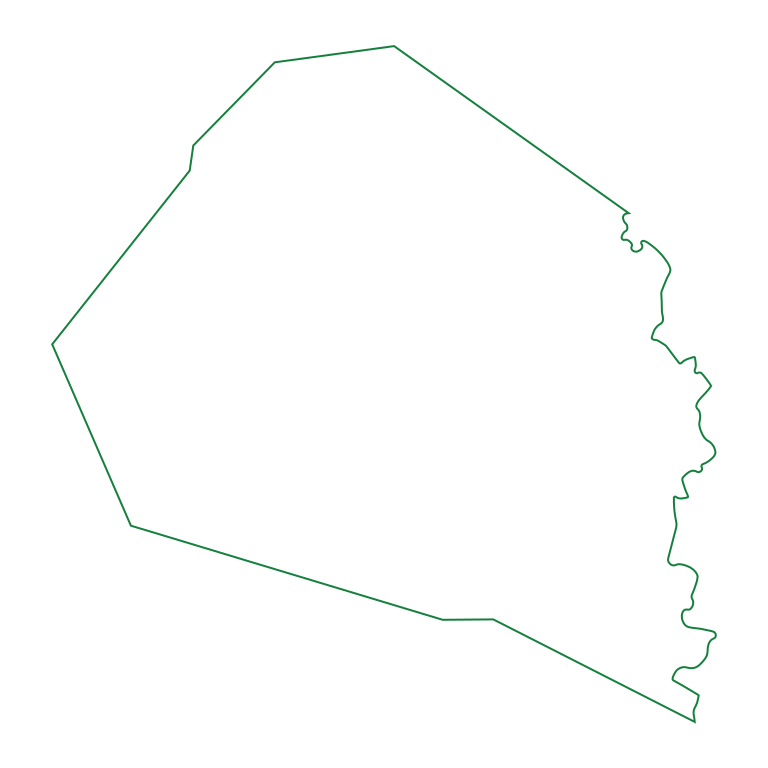 the district of Candelaria, Lempira, Honduras
{"feature_id": "27666195B3501505273689", "entity_name": "Candelaria", "entity_type": "district", "adm_level": 2, "iso_a3": "HND", "parent_name": "Honduras", "parent_adm1": "Lempira", "projection": "orthographic", "projection_center": [-88.523, 14.054], "detail": "fine", "context": "isolated", "style": "outline", "palette": "green", "viewbox_px": 768, "rotation_deg": 0, "n_neighbors": 0, "source": "geoboundaries", "source_scale": "gbopen_adm2", "svg_char_len": 6124}
<svg xmlns="http://www.w3.org/2000/svg" viewBox="0 0 768 768"><path d="M130.9,525.7L442.7,619.8L493.3,619.4L694.7,721.9L694.4,718.8L693.8,715.3L693.6,714.1L693.6,712.3L693.7,711.0L693.9,710.0L694.2,709.0L694.5,708.4L695.6,706.2L696.2,704.9L696.8,703.5L697.3,702.0L697.9,699.5L698.3,697.6L698.7,695.7L698.6,695.4L698.3,695.0L698.0,694.8L690.7,690.4L683.5,686.1L675.9,681.8L673.4,680.4L672.9,679.9L672.7,679.4L672.6,678.8L672.6,678.1L673.1,676.6L673.9,674.7L674.7,673.2L675.6,671.8L676.4,670.7L677.4,669.7L678.3,669.0L679.5,668.3L680.9,667.7L681.9,667.4L683.0,667.2L684.1,667.1L685.9,667.3L688.2,667.8L689.9,668.1L691.7,668.2L693.5,667.9L695.0,667.6L696.0,667.2L696.8,666.8L697.8,666.2L698.7,665.6L700.0,664.4L702.1,662.3L704.6,659.3L705.6,657.8L706.5,656.1L707.1,654.5L707.4,652.8L707.6,651.4L707.7,648.5L708.0,646.3L708.6,644.2L709.4,642.3L709.9,641.6L710.4,640.9L710.9,640.3L711.6,639.7L712.7,639.0L714.3,638.2L715.0,637.7L715.5,636.9L715.7,636.3L715.8,635.6L715.8,634.8L715.5,633.7L715.1,633.1L714.8,632.6L714.4,632.2L714.1,632.0L713.1,631.6L711.2,631.0L705.4,629.8L701.2,628.9L698.3,628.5L691.5,627.7L688.7,627.1L687.9,626.8L687.1,626.5L686.0,625.7L685.3,625.2L684.8,624.6L683.9,623.4L683.2,622.2L682.7,620.9L682.2,619.5L682.0,618.4L681.9,617.2L681.8,615.7L682.0,614.3L682.3,613.1L682.7,612.1L683.3,611.1L684.0,610.3L684.9,609.8L685.6,609.6L686.4,609.5L687.0,609.5L687.9,609.7L688.8,609.7L689.7,609.4L690.4,609.0L690.9,608.5L691.7,607.5L692.3,606.5L692.7,605.5L693.0,604.6L693.2,603.7L693.2,603.0L693.2,602.1L693.1,601.2L692.9,600.5L692.5,599.6L692.0,598.6L691.7,597.9L691.6,596.9L691.6,595.9L691.8,595.1L692.3,593.9L693.9,590.0L694.9,587.3L695.9,584.2L696.7,581.8L697.2,579.6L697.5,577.6L697.6,576.6L697.4,575.5L697.0,574.4L696.5,573.5L695.7,572.2L694.5,570.9L693.7,570.0L692.3,568.9L690.6,567.7L689.7,567.2L687.7,566.3L685.2,565.3L682.9,564.7L680.6,564.3L678.9,564.2L677.5,564.4L676.2,564.8L675.0,565.2L674.0,565.4L673.0,565.4L672.1,565.1L671.3,564.8L670.3,564.1L669.7,563.5L669.1,562.8L668.6,562.0L668.2,561.0L668.1,560.2L668.1,559.4L668.2,558.3L675.9,528.7L676.2,527.4L676.4,526.3L676.5,524.6L676.4,522.9L676.2,521.8L675.6,518.7L675.0,515.1L674.5,511.5L674.2,507.9L673.9,502.4L673.9,498.5L673.9,497.5L674.1,497.2L674.5,496.8L674.8,496.6L675.4,496.6L675.9,496.8L676.8,497.4L677.4,497.8L678.4,498.1L679.4,498.4L681.0,498.5L683.0,498.3L684.9,498.0L686.2,497.7L687.7,497.4L687.8,497.3L688.0,497.0L687.9,496.0L687.6,495.0L686.3,492.2L685.4,489.9L683.9,485.5L683.1,482.8L682.5,480.9L682.3,479.6L682.3,479.0L682.6,478.1L682.9,477.5L683.9,476.4L685.9,474.4L687.4,473.2L688.9,472.1L690.0,471.5L690.7,471.2L691.5,470.9L692.2,470.8L693.0,470.7L694.0,470.8L694.7,470.9L695.5,471.1L697.0,471.8L697.8,472.0L698.2,472.1L698.8,472.1L699.6,471.9L699.9,471.8L700.6,471.3L701.1,471.0L701.6,470.3L701.9,469.7L702.1,469.1L702.1,468.5L702.0,467.8L701.5,466.8L701.4,466.2L701.5,465.6L701.8,465.0L702.3,464.5L703.1,464.0L705.4,463.1L707.0,462.2L708.7,461.1L711.2,459.1L713.0,457.4L713.9,456.3L714.7,455.0L715.0,454.4L715.2,453.7L715.4,452.7L715.4,452.0L715.2,450.9L715.0,449.9L714.6,448.8L714.2,447.8L713.8,446.7L713.0,445.5L711.9,444.0L710.8,442.8L709.3,441.7L707.8,440.7L706.8,440.1L705.8,439.2L704.9,438.2L703.9,437.0L702.9,435.3L701.9,433.3L701.0,431.3L700.3,429.4L699.8,427.6L699.5,426.2L699.3,424.7L699.3,423.5L699.4,422.3L700.0,419.1L700.2,417.3L700.1,415.2L699.8,413.2L699.5,412.1L699.1,411.0L698.3,409.8L697.1,408.5L696.8,408.1L696.5,407.5L696.3,406.6L696.3,406.1L696.4,405.4L696.7,404.3L696.9,403.7L697.6,402.3L698.7,400.5L699.7,399.3L701.0,397.7L705.4,393.1L708.4,389.7L710.8,386.5L710.9,386.2L711.0,385.8L710.8,385.4L709.6,383.5L706.4,379.1L703.5,375.4L701.5,373.2L700.9,372.8L700.5,372.7L699.6,372.5L698.9,372.5L698.5,372.6L697.5,373.1L697.2,373.2L696.5,373.2L696.1,373.1L695.6,372.8L695.2,372.4L695.0,372.1L694.8,371.7L694.7,371.2L694.7,370.2L694.8,369.5L695.3,368.3L695.6,367.2L695.8,365.9L695.8,364.8L695.6,362.4L695.3,359.8L694.9,357.7L694.8,357.4L694.6,357.3L694.3,357.1L694.1,357.1L693.3,357.1L690.9,357.9L687.3,359.1L685.6,359.9L684.0,360.8L682.7,361.8L681.0,363.3L680.6,363.4L680.3,363.4L679.9,363.4L679.5,363.3L679.2,363.1L678.6,362.3L674.4,356.9L667.8,348.1L666.4,346.3L665.8,345.7L665.1,345.1L662.8,343.6L658.2,340.8L657.3,340.4L656.4,340.1L655.8,340.0L654.1,339.8L653.6,339.6L653.0,339.4L652.5,339.1L652.1,338.7L651.9,338.4L651.7,338.0L651.8,337.4L652.7,334.4L653.1,333.1L653.9,331.2L654.4,330.1L655.0,329.0L656.2,327.4L657.6,325.9L659.0,324.8L661.0,323.6L661.6,323.0L661.9,322.6L662.4,321.9L662.7,321.2L662.9,320.7L663.0,319.6L662.9,317.5L662.7,316.0L662.2,313.5L661.9,311.3L661.7,301.4L661.3,294.0L661.4,292.1L661.6,291.4L663.7,286.0L665.9,280.6L667.4,277.2L669.1,274.1L669.7,272.7L670.1,271.6L670.3,270.8L670.4,269.7L670.3,268.9L670.0,267.8L669.4,266.2L668.8,264.9L668.1,263.6L666.7,261.5L665.0,259.0L662.6,255.9L661.2,254.3L657.7,250.7L654.9,248.1L651.2,245.2L647.8,242.7L646.9,242.2L645.8,241.6L644.8,241.2L643.6,240.9L643.2,240.8L642.8,240.9L642.4,241.0L642.0,241.3L641.7,241.6L641.4,241.9L641.3,242.3L641.2,243.0L641.2,243.4L641.4,243.8L641.9,244.6L642.1,245.1L642.3,246.1L642.3,246.7L642.3,247.3L642.0,248.0L641.7,248.5L641.2,249.2L640.4,249.8L639.4,250.5L638.3,251.1L637.5,251.4L636.8,251.6L636.1,251.7L635.3,251.6L634.3,251.4L633.2,250.9L632.3,250.2L631.9,249.7L631.7,249.4L631.4,248.6L631.3,247.8L631.4,247.2L631.8,246.2L631.9,245.8L632.0,245.2L631.9,244.5L631.8,244.1L631.5,243.5L630.7,242.5L630.0,241.8L628.7,240.7L628.2,240.4L627.5,240.1L626.7,239.8L625.9,239.7L625.3,239.8L624.1,239.9L623.5,239.9L623.1,239.7L622.7,239.6L622.1,239.0L621.9,238.6L621.7,238.0L621.6,237.7L621.6,237.1L622.0,235.7L622.6,234.3L623.3,233.2L623.9,232.4L624.8,231.6L626.0,230.9L626.6,230.3L626.9,229.8L627.1,229.3L627.3,228.7L627.4,228.0L627.3,227.3L627.2,226.4L627.1,225.7L626.8,225.0L626.2,224.1L625.9,223.7L624.9,222.7L624.5,222.1L624.0,221.3L623.6,220.4L623.3,219.3L623.0,218.0L623.0,217.4L623.1,216.6L623.4,215.9L623.8,215.2L624.3,214.7L625.1,214.1L625.8,213.8L626.5,213.5L627.7,213.3L628.7,213.2L394.1,46.1L274.8,62.3L193.3,145.5L189.7,170.6L52.2,344.3L130.9,525.7Z" fill="none" stroke="#15803d" stroke-width="2"/></svg>